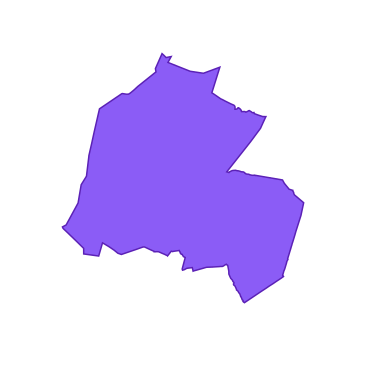 García, Nuevo León, Mexico, rotated 38°
{"feature_id": "50627088B2977795978715", "entity_name": "García", "entity_type": "district", "adm_level": 2, "iso_a3": "MEX", "parent_name": "Mexico", "parent_adm1": "Nuevo León", "projection": "robinson", "projection_center": [-100.588, 25.805], "detail": "fine", "context": "isolated", "style": "filled", "palette": "violet", "viewbox_px": 384, "rotation_deg": 38, "n_neighbors": 0, "source": "geoboundaries", "source_scale": "gbopen_adm2", "svg_char_len": 5358}
<svg xmlns="http://www.w3.org/2000/svg" viewBox="0 0 384 384"><g transform="rotate(38 192 192)"><path d="M141.3,303.1L144.8,307.5L157.9,299.9L152.8,287.2L154.7,286.9L160.3,286.2L166.4,285.8L171.3,285.9L174.8,284.7L183.9,270.8L185.6,268.1L187.2,265.6L188.3,264.6L189.9,264.2L193.9,263.3L195.6,262.9L198.8,262.1L198.9,262.3L199.0,262.2L199.4,262.1L199.6,262.0L199.8,261.8L200.1,261.5L201.0,260.7L201.8,260.1L202.0,259.9L202.7,259.6L204.2,259.2L205.9,258.8L207.7,258.3L208.8,258.0L210.8,257.6L211.8,257.3L212.1,257.4L212.1,251.4L212.3,251.3L212.7,251.1L212.8,251.1L213.2,251.0L213.4,250.9L213.5,250.8L213.6,250.7L213.7,250.4L218.0,245.9L218.2,246.0L218.6,246.4L218.9,246.5L219.3,246.5L219.6,246.8L220.1,247.2L220.2,247.3L220.3,247.3L220.4,247.2L220.6,247.3L220.7,247.2L221.6,247.6L221.9,247.7L222.6,247.2L225.0,248.2L225.6,248.1L226.0,247.9L226.3,247.9L226.5,248.0L226.7,247.9L226.8,247.8L227.0,247.8L231.7,258.8L231.9,258.8L232.1,258.9L232.5,259.2L232.7,259.4L233.3,258.6L233.7,258.0L233.9,257.7L234.2,257.0L234.4,256.5L234.6,255.9L234.9,255.4L235.4,254.8L235.8,254.4L236.7,253.5L237.6,252.6L238.7,251.4L238.9,251.5L241.6,253.7L241.8,253.3L243.3,251.3L246.5,246.9L246.9,246.4L249.4,242.9L249.8,242.4L250.1,242.1L254.6,238.3L255.8,237.2L258.3,235.0L259.0,234.4L260.5,233.0L261.4,232.3L261.7,232.0L261.9,231.8L262.0,231.6L262.3,231.0L262.6,230.1L263.0,228.9L263.1,228.6L263.3,228.4L263.4,228.1L263.5,228.0L263.6,227.8L263.8,227.9L264.2,228.0L265.0,227.8L265.3,227.8L269.7,231.7L271.6,234.0L273.6,235.1L275.7,236.2L278.1,236.6L279.3,237.3L280.7,237.5L281.2,238.2L281.3,238.6L281.3,239.0L282.1,239.6L283.1,239.5L284.3,239.9L286.6,241.1L287.0,241.4L287.4,241.8L287.8,241.8L288.5,241.8L289.6,241.9L290.4,242.4L291.0,242.6L291.6,242.7L292.0,242.7L292.6,243.0L294.2,244.0L294.8,244.5L295.4,244.5L296.4,245.1L297.3,245.7L297.8,245.9L298.1,246.1L298.6,246.0L298.9,246.0L299.2,246.2L299.3,246.4L299.4,246.7L299.6,246.9L299.9,246.9L300.1,246.8L300.3,246.8L300.6,246.9L300.8,247.0L301.2,246.9L301.5,246.9L307.8,227.6L309.7,222.0L310.7,218.8L311.8,215.7L312.4,214.0L313.5,210.5L315.3,205.2L315.6,204.1L316.1,202.5L316.1,202.2L315.9,202.2L315.7,202.2L315.4,202.2L315.0,202.1L314.9,201.6L314.6,201.6L314.5,201.4L314.4,201.3L314.4,201.2L314.2,200.6L314.1,200.4L314.0,200.1L313.8,199.5L313.4,198.6L313.1,197.8L312.9,197.4L312.9,197.2L312.8,196.7L312.4,195.4L311.1,192.1L310.6,190.8L310.1,189.5L310.1,189.4L309.8,189.2L309.7,189.1L309.6,188.8L309.4,187.7L309.3,187.2L309.1,186.0L309.0,185.9L308.9,185.8L308.5,185.7L308.4,185.6L308.2,185.1L307.5,183.2L307.0,181.9L306.2,179.8L306.1,179.6L304.6,175.6L304.5,175.4L304.4,175.4L304.4,175.2L303.7,173.4L303.3,172.3L302.9,171.4L302.5,170.5L302.5,170.3L301.8,168.4L299.6,162.7L298.2,159.3L292.3,143.4L286.6,131.7L274.5,131.2L273.1,130.5L272.3,129.7L270.3,129.0L270.3,128.7L266.8,130.0L259.4,128.3L255.9,126.8L231.2,140.1L231.3,140.2L230.9,140.4L230.7,140.5L230.4,140.7L230.2,141.0L229.8,141.2L229.6,141.4L229.5,141.5L229.3,141.7L228.7,142.0L228.4,142.2L227.9,142.3L227.5,142.6L227.2,142.7L226.7,142.9L226.3,142.9L225.7,143.2L225.5,143.3L225.3,143.3L225.0,143.5L224.8,143.8L224.6,143.9L224.4,144.0L224.1,144.2L223.9,144.3L223.6,144.4L223.3,144.5L223.0,144.4L222.9,144.5L222.7,144.6L222.3,144.6L222.2,144.5L221.9,144.5L221.7,144.4L221.4,144.4L221.2,144.4L220.9,144.4L220.6,144.5L220.3,144.6L220.0,144.6L219.5,145.0L219.3,145.1L218.8,145.4L218.6,145.6L218.3,145.8L218.1,145.8L217.9,145.9L217.6,145.9L217.2,146.1L216.7,146.3L216.3,146.4L216.0,146.5L215.8,146.6L215.5,146.8L215.2,147.0L214.9,147.1L214.7,147.3L214.3,147.5L213.9,147.7L213.7,147.8L213.2,147.9L213.0,148.0L212.9,148.1L212.8,148.3L212.5,148.5L212.2,148.7L212.0,148.9L211.9,149.1L211.6,149.3L210.9,149.9L210.7,150.2L210.4,150.6L210.1,151.1L209.6,152.1L209.5,152.4L209.3,152.8L209.1,153.1L209.1,153.4L209.2,153.8L208.8,154.1L208.5,154.2L208.1,154.3L207.8,154.3L207.6,154.4L207.5,154.5L207.0,154.7L207.0,154.4L207.2,116.2L206.9,104.4L206.8,99.7L205.2,93.1L203.8,87.1L201.3,89.0L197.4,90.4L192.8,91.9L191.9,91.2L191.2,92.0L190.8,92.2L190.6,92.4L190.3,92.4L189.5,92.3L189.1,92.3L188.7,92.4L188.4,92.4L187.8,92.5L187.4,92.5L187.1,92.5L186.9,92.7L186.5,93.2L186.4,93.6L186.4,93.8L186.0,94.5L185.9,94.7L185.7,95.2L185.6,95.3L185.5,95.5L185.1,96.0L184.5,96.0L184.4,96.0L184.2,96.1L183.8,96.3L183.6,96.4L183.5,96.6L182.7,97.2L182.4,97.5L181.9,97.8L181.8,98.0L181.7,98.1L181.3,98.1L180.8,97.6L180.6,97.4L180.4,97.3L180.2,97.2L179.9,97.2L179.7,97.2L179.3,97.0L178.6,96.9L178.3,96.9L178.1,97.0L177.6,97.0L177.4,97.0L177.2,97.0L177.1,96.9L176.8,97.0L176.5,97.2L176.4,97.3L176.4,97.5L176.5,98.4L176.4,98.5L176.0,99.3L175.8,99.6L175.5,99.9L174.9,100.3L174.8,100.1L173.7,98.7L173.4,98.4L173.2,98.2L172.7,98.0L172.5,97.9L172.2,97.9L171.6,97.8L171.3,97.8L170.8,98.0L168.0,98.7L165.1,99.3L162.2,99.9L159.3,100.4L157.2,100.9L153.7,101.1L148.7,101.4L146.6,101.6L146.4,101.2L144.6,96.4L137.1,76.5L127.9,91.4L116.2,98.0L94.0,104.5L93.3,104.7L92.2,98.1L88.8,102.0L85.8,101.6L83.2,101.4L87.2,117.3L89.7,119.6L89.3,121.1L84.3,142.2L83.4,147.7L82.4,152.2L81.7,154.0L80.1,155.3L76.5,157.3L76.1,157.9L67.9,183.4L71.1,190.3L72.1,192.4L77.8,204.6L83.1,215.6L88.3,226.7L89.0,227.8L99.1,244.5L100.2,254.5L109.0,270.8L113.1,295.4L111.4,299.3L112.7,300.0L113.5,300.1L113.9,300.2L114.0,300.2L115.2,300.3L116.4,300.4L122.1,301.0L131.7,302.0L141.3,303.1Z" fill="#8b5cf6" stroke="#5b21b6" stroke-width="1.5"/></g></svg>